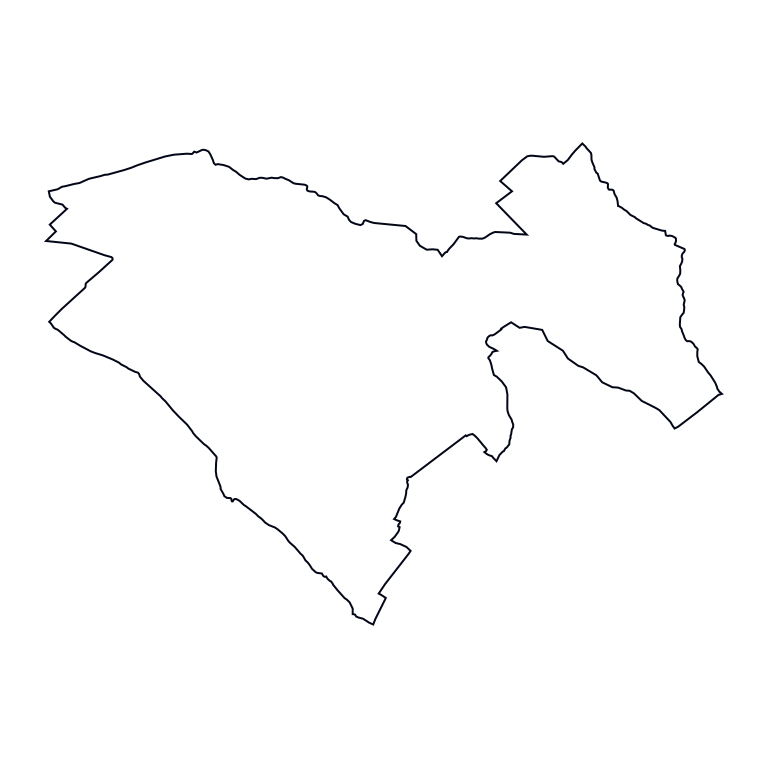 Cuaxomulco, Tlaxcala, Mexico (Albers equal-area conic projection)
{"feature_id": "50627088B93382827511262", "entity_name": "Cuaxomulco", "entity_type": "district", "adm_level": 2, "iso_a3": "MEX", "parent_name": "Mexico", "parent_adm1": "Tlaxcala", "projection": "albers", "projection_center": [-98.088, 19.345], "detail": "fine", "context": "isolated", "style": "outline", "palette": "ink", "viewbox_px": 768, "rotation_deg": 0, "n_neighbors": 0, "source": "geoboundaries", "source_scale": "gbopen_adm2", "svg_char_len": 6088}
<svg xmlns="http://www.w3.org/2000/svg" viewBox="0 0 768 768"><path d="M665.1,230.9L662.0,230.6L652.9,227.9L650.8,226.4L650.0,225.6L648.0,225.0L646.2,223.8L643.7,223.1L635.7,218.1L635.1,217.3L630.4,214.9L626.6,211.1L624.1,209.6L621.9,207.8L619.0,206.2L618.1,206.0L617.5,200.9L616.6,197.6L614.5,194.0L613.7,190.8L612.7,189.9L611.4,189.6L609.2,189.7L608.4,188.9L607.8,187.6L608.0,184.3L607.8,183.6L606.7,182.9L605.0,182.4L601.3,181.6L600.0,180.6L597.6,173.5L596.4,172.8L594.5,169.2L594.4,167.1L592.5,162.8L591.5,159.7L591.4,154.8L590.9,152.9L586.4,148.0L585.6,146.7L582.3,143.5L575.4,150.5L572.1,154.3L567.7,160.1L563.2,163.8L562.3,162.7L561.4,162.0L558.6,161.3L554.2,156.6L553.6,156.3L551.7,156.2L544.0,156.8L532.0,155.7L529.6,155.8L527.3,156.3L522.0,160.2L500.2,181.0L512.0,191.3L496.2,203.2L526.7,234.6L513.9,233.9L510.1,232.7L495.4,232.0L493.4,232.5L490.1,234.1L484.8,237.7L482.3,238.7L479.6,238.7L475.7,238.2L474.6,238.5L471.4,238.2L468.6,238.5L466.7,238.2L463.1,236.9L460.3,236.5L458.9,236.9L453.6,244.2L449.7,248.2L448.0,250.3L447.0,252.0L445.8,252.2L444.9,252.9L442.0,256.2L437.7,249.8L432.7,249.3L426.7,249.7L419.8,245.7L416.4,240.8L416.2,234.1L405.5,226.0L374.2,223.0L370.7,222.1L365.7,220.2L364.1,220.8L362.7,224.0L360.4,225.1L355.0,223.7L351.0,222.0L349.1,219.9L347.6,216.6L343.7,214.3L339.3,208.3L337.6,205.1L334.5,203.2L329.9,199.7L325.9,197.2L322.3,196.2L319.9,196.0L318.1,195.3L316.3,193.0L315.0,192.0L313.5,191.7L310.1,191.5L308.5,191.1L307.3,190.5L306.9,189.8L306.8,188.9L307.3,187.0L307.2,186.2L306.8,185.7L306.1,185.3L304.6,184.7L295.3,183.7L293.5,183.2L288.8,180.2L284.9,178.6L283.1,177.6L280.8,177.1L277.9,178.2L274.0,178.1L271.6,177.7L266.5,178.7L262.3,177.8L259.6,177.8L256.1,179.1L251.5,178.8L249.0,179.4L245.4,178.6L239.7,174.9L236.0,171.7L233.1,170.0L229.0,166.8L223.4,165.0L217.6,164.1L215.6,164.8L213.9,163.2L212.9,160.1L210.4,154.5L208.5,151.5L206.1,150.3L204.1,149.8L202.1,149.9L196.7,152.5L194.2,151.7L192.4,153.7L191.8,154.0L186.8,153.7L173.9,154.7L165.0,156.5L145.1,162.6L137.0,165.4L131.4,167.7L124.3,170.0L107.7,174.6L104.7,174.8L100.1,176.2L90.1,178.5L88.5,179.0L79.5,183.0L74.0,184.0L65.2,186.2L61.8,186.8L58.8,188.6L57.2,189.4L48.8,191.3L49.9,196.7L53.1,201.1L54.9,202.7L62.5,204.6L65.2,207.8L67.0,208.8L49.8,224.6L55.9,231.4L46.1,241.0L71.3,243.6L104.5,255.2L111.4,257.1L112.4,258.0L112.6,258.9L112.5,259.8L98.4,272.6L86.5,282.7L85.7,283.7L85.5,286.7L85.1,287.7L61.9,308.8L55.2,315.5L49.2,321.8L50.9,323.4L53.9,327.8L55.5,328.8L57.8,329.8L64.3,335.3L65.5,336.6L70.7,340.6L72.1,341.4L74.5,342.3L80.3,345.8L90.9,351.4L95.1,353.0L102.9,355.4L113.0,359.6L118.9,362.6L121.2,364.5L126.3,367.0L128.4,368.6L134.8,371.7L138.0,372.7L138.6,373.3L139.4,374.8L139.9,376.6L143.4,380.8L160.7,396.4L162.2,398.3L165.5,401.4L172.9,410.4L178.9,416.7L187.1,424.6L192.3,431.4L193.1,433.0L195.6,436.0L203.8,444.0L206.3,445.7L208.8,448.0L216.2,456.4L216.7,457.5L216.1,462.9L215.8,471.2L216.5,476.5L220.1,485.6L220.6,487.3L220.6,488.9L223.6,494.3L224.3,496.1L226.9,497.9L230.5,498.1L231.3,498.9L231.6,500.8L232.0,501.4L232.7,501.4L234.0,499.4L234.9,499.0L236.4,499.1L239.5,500.8L243.8,504.9L246.1,506.4L256.0,514.0L258.0,516.1L261.8,519.0L265.3,522.7L269.1,525.2L275.0,527.5L277.6,529.3L282.1,533.0L285.2,536.1L288.3,540.9L289.9,542.7L294.8,547.0L300.8,554.0L302.3,555.2L303.4,556.7L305.4,560.3L307.8,562.6L309.8,565.2L312.0,568.8L315.6,572.1L317.2,572.9L321.9,573.5L323.2,575.8L324.3,576.7L325.3,576.8L326.2,576.5L327.3,578.5L328.7,579.9L330.0,581.0L331.0,581.4L332.6,583.5L333.0,584.6L337.4,590.1L344.6,598.1L346.8,599.6L349.2,601.9L349.8,602.7L352.7,608.6L352.7,614.1L353.4,614.1L355.1,614.7L356.2,616.5L358.4,617.5L363.0,618.7L369.2,622.7L373.2,624.5L375.5,618.7L385.8,598.0L381.2,594.9L378.7,593.6L385.0,584.2L408.4,554.1L410.6,550.9L406.5,547.0L400.3,544.1L395.6,543.0L391.1,540.2L394.7,536.8L398.1,532.1L398.9,530.5L399.6,527.1L398.1,526.4L398.5,524.5L399.9,522.9L400.2,521.4L396.8,520.3L394.1,519.0L395.9,517.0L399.4,508.4L401.7,504.8L403.7,502.7L405.3,497.3L406.1,493.7L406.3,490.3L407.6,487.5L408.0,484.7L407.3,483.0L407.1,481.2L407.9,480.3L406.9,479.2L407.1,478.3L407.6,477.6L410.0,476.8L410.7,477.0L465.7,435.4L466.6,436.2L469.2,434.8L472.5,434.0L474.9,435.8L477.6,438.5L483.7,445.9L485.3,447.6L486.8,449.8L486.0,451.1L484.4,452.1L486.9,454.1L488.7,455.1L492.0,456.2L493.2,457.8L496.5,461.2L499.4,455.1L502.7,451.6L503.8,451.2L505.4,448.4L506.3,447.9L507.2,447.0L509.3,444.3L509.5,440.8L510.6,437.7L510.5,436.0L511.1,434.3L511.9,429.3L513.1,427.4L513.2,424.5L512.1,421.6L511.6,419.6L508.8,414.9L507.5,410.8L507.3,408.4L507.4,394.5L506.1,387.4L501.9,381.6L496.8,376.7L493.9,375.0L492.1,368.5L491.3,364.6L489.9,360.3L488.3,358.1L488.5,357.1L490.2,355.6L491.3,354.1L492.5,352.0L494.2,351.3L496.8,350.8L494.1,349.1L489.4,346.9L487.0,344.7L486.3,343.4L486.0,341.4L487.2,339.3L487.2,338.3L488.0,337.1L489.5,335.8L490.8,335.3L492.4,335.4L494.6,334.4L501.4,329.4L501.1,328.7L503.5,327.0L511.1,322.3L519.6,327.8L524.7,326.9L542.2,329.9L547.7,341.0L562.9,350.7L567.9,358.5L578.4,365.9L583.0,367.3L596.4,375.3L602.2,382.3L612.3,387.2L618.1,387.6L625.9,390.5L629.7,390.8L634.0,393.4L641.7,400.9L655.4,407.8L659.3,410.1L670.4,421.9L672.8,426.0L674.6,428.5L678.0,426.8L697.2,412.2L718.5,394.9L721.9,393.9L719.3,391.6L717.3,388.6L717.0,387.0L715.2,382.7L710.6,375.4L708.2,372.6L704.2,366.7L701.6,364.1L698.8,362.0L697.3,356.3L697.3,351.9L697.7,349.3L696.8,348.0L695.0,346.5L693.5,343.8L691.1,341.6L689.3,341.1L687.2,341.2L685.8,340.1L684.5,337.7L683.8,335.5L681.9,331.0L681.7,329.4L680.0,326.8L679.8,324.9L680.3,317.3L682.2,314.5L683.6,313.0L684.1,310.1L684.3,306.9L683.7,304.8L684.7,300.3L683.8,297.6L683.2,296.8L682.6,294.8L683.6,291.7L682.1,289.1L681.3,287.2L680.4,286.1L677.9,284.1L677.2,280.8L677.4,278.4L679.3,275.5L680.2,273.6L680.3,270.2L679.9,266.1L681.1,264.0L682.2,261.3L682.4,258.7L681.8,257.4L681.8,255.5L682.6,253.4L683.7,252.4L684.5,251.3L684.8,250.2L684.7,249.3L683.8,248.7L674.9,244.9L674.7,244.1L675.6,242.4L676.0,241.0L675.9,238.6L675.4,237.8L672.1,236.0L669.7,235.6L668.0,236.0L665.9,235.3L665.1,230.9Z" fill="none" stroke="#020617" stroke-width="2"/></svg>